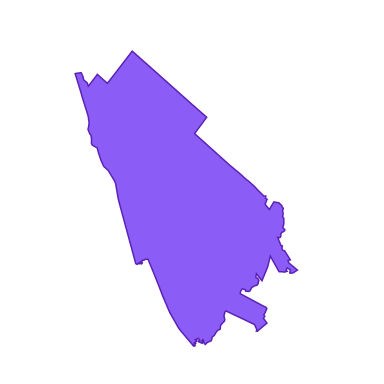 outline of Magura, Teleorman, Romania, rotated 254°
{"feature_id": "2599482B1622448766062", "entity_name": "Magura", "entity_type": "district", "adm_level": 2, "iso_a3": "ROU", "parent_name": "Romania", "parent_adm1": "Teleorman", "projection": "equal_earth", "projection_center": [25.384, 44.049], "detail": "fine", "context": "isolated", "style": "filled", "palette": "violet", "viewbox_px": 384, "rotation_deg": 254, "n_neighbors": 0, "source": "geoboundaries", "source_scale": "gbopen_adm2", "svg_char_len": 4935}
<svg xmlns="http://www.w3.org/2000/svg" viewBox="0 0 384 384"><g transform="rotate(254 192 192)"><path d="M151.0,275.3L153.2,274.5L154.1,274.6L157.6,272.6L159.9,268.0L153.9,261.5L159.8,259.0L161.0,259.3L161.4,260.1L162.3,260.6L162.8,260.7L164.1,262.2L165.7,261.0L167.8,261.8L168.3,259.9L172.0,257.9L173.8,256.9L174.1,256.6L179.9,253.7L187.7,248.8L188.4,248.1L191.1,246.3L193.6,244.9L195.8,243.5L207.6,235.5L247.4,210.6L247.9,211.2L259.8,226.7L276.8,215.8L321.8,187.4L343.9,173.3L327.2,150.8L319.8,140.6L331.2,133.4L330.4,132.5L322.3,121.5L325.9,121.3L329.1,119.1L331.1,118.7L332.0,119.1L337.2,118.4L337.9,113.9L338.0,113.1L338.0,112.3L333.5,112.4L328.2,112.5L320.4,112.6L318.8,112.7L315.7,112.6L293.7,113.1L287.1,112.2L284.0,111.0L280.9,109.3L277.6,109.6L275.7,109.9L275.4,110.0L275.2,110.1L275.0,110.3L274.9,110.4L274.5,110.4L273.9,110.6L273.7,110.6L273.4,110.6L273.2,110.6L272.8,110.3L272.7,110.2L272.3,110.1L271.9,110.2L271.7,110.3L266.3,108.7L265.1,108.9L264.0,109.6L260.5,113.0L255.1,112.9L246.9,113.3L241.0,114.2L235.8,117.4L223.6,120.7L221.1,120.9L207.7,119.4L204.5,119.2L203.8,119.1L138.7,118.2L138.4,118.4L138.3,118.5L138.4,118.8L138.3,119.0L137.8,119.1L137.7,119.2L137.6,119.3L137.6,119.5L137.7,119.9L137.9,120.4L137.9,120.5L137.8,120.9L137.7,121.1L137.6,121.3L137.6,121.5L137.8,121.6L138.0,121.7L138.6,121.7L138.7,121.8L138.8,121.8L139.0,122.0L138.9,122.3L138.5,122.6L138.4,122.7L138.0,122.7L137.9,122.7L137.6,122.7L137.3,122.9L137.1,123.0L136.9,123.3L136.8,123.5L137.0,124.0L137.2,124.5L137.3,124.6L137.5,124.7L137.8,124.7L138.0,124.6L138.2,124.1L138.4,123.9L138.6,123.6L138.8,123.6L139.1,123.9L139.2,124.1L139.3,124.2L139.2,124.4L139.2,124.6L139.2,124.8L139.3,125.0L139.5,125.1L140.0,125.3L140.1,125.5L140.0,126.0L139.7,126.6L139.7,126.8L139.7,127.1L139.8,127.6L139.9,127.9L140.1,128.2L140.2,128.6L140.3,128.8L140.2,129.0L140.1,129.3L139.9,129.5L139.8,130.0L139.6,130.5L139.4,131.0L139.3,131.3L135.6,131.6L134.0,131.8L129.7,132.3L121.4,133.2L113.2,134.0L111.3,134.2L109.2,134.4L102.0,135.0L101.8,135.1L101.7,135.0L101.4,135.0L100.9,135.1L99.5,135.2L96.6,135.6L96.3,135.7L95.0,135.8L94.6,135.8L91.5,136.3L87.5,136.7L85.3,137.0L82.5,137.4L81.3,137.6L81.2,137.7L81.1,137.8L80.4,137.8L79.8,138.0L78.6,138.3L78.3,138.4L77.1,138.6L76.5,138.8L74.2,139.4L73.3,139.6L72.0,140.0L71.6,140.1L70.0,140.4L69.1,140.6L68.6,140.7L68.4,140.8L67.5,141.0L65.2,141.6L63.7,142.0L63.4,142.2L62.1,142.8L61.9,142.9L61.3,143.0L60.5,143.4L59.6,143.8L57.3,144.9L53.1,146.7L47.0,149.5L46.4,149.8L45.1,150.3L45.1,150.5L44.8,150.6L44.4,150.6L44.2,150.6L44.0,151.0L43.9,151.1L43.5,151.1L43.4,151.2L43.4,151.3L43.4,151.5L43.5,151.8L43.5,152.0L43.3,152.1L43.2,152.2L43.2,152.3L43.3,152.5L43.7,152.7L43.9,152.7L44.0,152.6L44.1,152.4L44.2,152.2L44.3,152.2L44.4,152.3L44.5,152.5L44.7,152.8L44.8,152.8L45.0,152.8L45.1,152.7L45.3,152.3L45.5,152.3L45.8,152.4L45.9,152.5L46.2,152.6L46.3,152.6L46.3,152.8L46.2,152.9L45.6,153.2L45.5,153.3L45.4,153.5L45.4,153.8L45.6,153.8L46.0,153.8L46.5,153.7L46.6,153.8L46.8,154.0L47.0,154.3L47.5,154.5L47.5,154.8L47.4,154.9L47.2,155.1L47.3,155.3L47.5,155.4L47.8,155.4L48.0,155.4L48.2,155.2L48.4,155.1L48.7,155.0L48.9,154.9L49.1,154.8L49.2,154.7L49.2,154.8L49.3,155.0L49.4,155.3L49.1,155.5L48.9,155.6L48.9,155.8L49.0,156.0L49.2,156.4L49.2,156.6L49.4,157.0L49.7,157.4L49.7,157.6L49.7,157.8L49.4,158.0L49.0,158.0L48.5,158.3L48.3,158.3L47.9,158.4L47.5,158.5L47.2,158.5L47.0,158.4L46.9,158.4L46.9,158.2L46.8,157.9L46.9,157.6L47.1,157.2L47.0,156.9L46.9,156.9L46.7,156.9L46.1,157.2L46.0,157.3L45.9,157.7L45.9,157.8L45.7,158.0L45.4,158.1L45.2,158.4L45.0,158.7L44.8,158.9L44.4,159.2L44.3,159.4L44.1,159.7L43.9,159.9L43.8,160.0L43.9,160.3L44.0,160.4L44.2,160.5L44.5,160.6L44.9,160.6L45.0,160.7L45.1,160.9L45.1,161.0L45.3,161.0L45.5,161.1L45.8,161.1L45.8,160.9L46.0,160.8L46.1,160.7L46.2,160.8L46.3,160.8L47.0,161.7L47.1,161.8L47.1,162.0L42.9,162.0L41.8,162.8L43.2,165.4L43.7,169.5L47.1,171.6L48.0,173.9L51.0,177.1L51.8,178.4L52.4,181.3L56.1,182.8L58.9,187.5L60.0,188.3L64.1,188.6L67.3,190.4L68.3,191.9L65.7,194.8L54.7,207.3L47.3,215.6L44.5,216.0L41.3,216.4L40.6,215.5L40.1,216.3L41.9,220.3L45.3,227.9L51.0,225.8L52.4,227.7L54.3,227.2L55.6,228.8L59.3,231.8L60.8,231.3L63.5,228.3L73.1,218.4L81.0,210.3L83.1,211.3L85.0,213.5L83.4,216.5L81.9,216.2L80.7,219.3L81.1,220.7L83.7,223.1L84.6,226.5L84.4,228.6L85.7,230.5L87.2,230.7L88.3,231.9L90.0,231.7L91.3,231.1L91.6,230.2L92.4,229.8L95.6,231.4L87.4,234.8L99.3,244.2L108.8,249.6L91.4,253.7L89.9,258.3L89.5,258.5L89.6,261.6L90.9,260.9L92.8,262.6L90.2,265.0L87.2,263.7L86.7,264.5L86.4,267.0L87.9,271.8L97.0,265.6L99.6,265.3L99.7,267.8L109.7,264.9L111.5,262.9L113.5,263.0L114.7,263.9L115.4,263.9L116.0,262.8L124.8,261.8L124.6,262.3L123.9,263.5L124.3,264.6L125.1,265.3L127.1,265.7L128.4,267.2L128.8,269.5L129.6,270.6L130.7,270.8L131.6,269.9L133.1,269.5L136.0,271.5L141.3,273.0L142.9,272.4L143.7,272.4L145.6,273.5L149.4,274.1L151.0,275.3Z" fill="#8b5cf6" stroke="#5b21b6" stroke-width="1.5"/></g></svg>